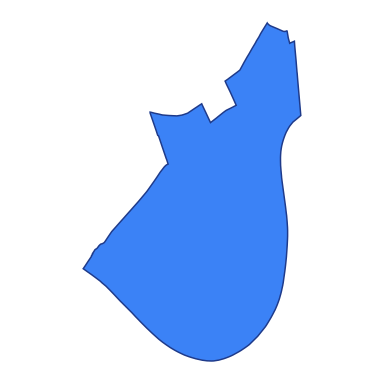 Yan Nawa, Bangkok Metropolis, Thailand
{"feature_id": "78962969B14857806522936", "entity_name": "Yan Nawa", "entity_type": "district", "adm_level": 2, "iso_a3": "THA", "parent_name": "Thailand", "parent_adm1": "Bangkok Metropolis", "projection": "natural_earth1", "projection_center": [100.54, 13.694], "detail": "fine", "context": "isolated", "style": "filled", "palette": "blue", "viewbox_px": 384, "rotation_deg": 0, "n_neighbors": 0, "source": "geoboundaries", "source_scale": "gbopen_adm2", "svg_char_len": 3395}
<svg xmlns="http://www.w3.org/2000/svg" viewBox="0 0 384 384"><path d="M83.2,268.7L86.7,271.2L86.8,271.3L91.8,274.8L96.1,278.0L100.2,281.1L102.4,283.2L105.8,286.0L110.0,290.2L114.1,294.5L117.2,297.8L120.1,300.9L131.8,312.6L135.5,316.6L141.2,322.5L146.9,328.2L151.4,332.5L152.8,333.8L156.8,337.4L158.8,339.2L160.7,340.7L162.6,342.2L166.5,345.0L170.5,347.7L172.5,348.9L174.9,350.3L177.3,351.6L179.7,352.8L182.2,354.0L184.6,355.1L186.8,355.9L189.0,356.7L191.2,357.4L195.6,358.7L197.8,359.2L200.1,359.7L202.3,360.2L204.6,360.5L206.9,360.8L209.2,360.9L211.5,361.0L213.8,360.9L216.3,360.5L218.8,360.1L221.3,359.4L223.8,358.7L226.3,357.8L228.7,356.9L230.8,356.0L232.9,355.0L234.9,353.9L238.9,351.7L240.9,350.5L243.0,349.1L245.2,347.6L247.3,346.1L249.4,344.5L257.6,336.4L265.4,326.7L266.9,324.4L268.3,322.1L271.1,317.4L272.6,314.6L273.7,312.5L274.5,310.9L275.0,310.0L276.1,307.5L277.2,304.9L278.2,302.2L279.2,299.4L279.5,298.4L279.7,297.7L280.0,296.6L280.8,293.8L281.5,291.0L282.1,288.2L282.7,285.5L283.2,282.7L284.0,277.0L284.8,271.4L285.5,265.7L285.8,262.9L286.4,257.0L286.8,251.2L287.2,245.3L287.5,239.2L287.6,236.2L287.6,233.2L287.6,230.2L287.5,227.3L287.1,221.4L286.6,215.5L286.2,212.5L285.5,206.5L283.2,189.6L282.1,181.5L281.6,177.6L281.5,176.0L281.0,170.7L280.6,165.4L280.5,160.1L280.5,157.4L280.6,154.8L280.8,151.8L281.2,148.8L281.7,145.9L282.4,143.0L283.2,140.2L284.1,137.5L285.1,134.8L286.2,132.2L287.4,130.0L288.6,127.8L289.9,125.8L292.9,122.1L298.7,117.3L300.8,115.5L297.7,80.0L297.2,73.7L297.0,72.1L296.0,59.8L294.8,46.8L294.4,41.2L292.8,41.9L291.8,42.3L290.6,42.8L289.7,43.3L289.2,41.4L288.7,39.6L288.5,38.9L288.1,37.1L288.0,36.3L287.6,34.1L287.4,32.8L287.1,31.1L286.9,30.9L286.6,31.0L286.4,31.0L286.1,31.1L285.7,31.3L285.3,31.4L284.9,31.4L284.5,31.5L284.1,31.4L283.8,31.4L283.2,31.3L282.7,31.1L282.2,30.9L281.8,30.7L281.1,30.4L280.4,30.1L279.1,29.5L278.2,29.1L277.1,28.6L276.1,28.2L275.4,27.9L274.2,27.4L273.3,27.0L272.3,26.6L271.6,26.3L271.1,26.1L270.9,26.0L269.9,25.5L269.4,25.2L268.5,24.4L267.4,23.3L267.3,23.2L267.2,23.0L265.5,25.7L263.7,28.6L261.5,32.2L260.6,33.7L258.9,37.0L257.4,39.4L256.4,41.0L255.6,42.6L254.5,44.5L253.7,45.8L252.2,48.3L249.3,53.4L247.3,56.7L246.2,58.6L244.1,62.3L241.9,66.4L240.3,69.3L240.1,69.7L239.9,70.0L239.6,70.3L237.3,72.1L233.4,75.0L230.6,77.1L227.1,79.7L225.1,81.1L226.5,84.3L230.1,91.7L233.8,99.9L236.2,105.3L231.2,107.9L226.3,110.3L225.3,111.0L223.4,112.4L217.9,116.8L216.6,117.9L210.5,122.6L209.1,119.6L205.6,112.1L204.5,109.8L201.8,104.1L201.7,103.8L199.8,105.0L194.7,108.4L187.6,113.2L184.1,114.4L181.9,115.1L179.4,115.5L176.9,115.9L168.8,115.5L166.4,115.3L162.7,115.0L161.2,114.7L159.3,114.2L154.5,113.2L151.5,112.4L150.1,112.1L150.1,112.8L150.1,113.0L152.0,118.5L154.9,126.9L156.3,131.0L157.7,135.3L158.1,135.6L158.5,135.8L158.9,136.9L162.7,148.2L164.4,153.2L166.2,158.5L166.7,159.7L168.1,164.1L167.8,164.2L166.5,164.9L165.7,165.5L165.1,166.1L164.3,166.9L160.2,172.2L157.1,176.9L153.8,181.7L146.9,191.4L142.8,196.3L138.0,202.0L111.7,231.6L108.9,235.7L105.1,241.4L104.2,242.6L102.9,243.4L101.9,243.8L100.7,244.1L99.6,245.1L99.4,245.3L99.0,245.7L98.6,246.2L98.4,246.6L98.1,246.9L97.6,247.6L97.3,248.0L96.8,248.5L96.3,248.9L95.6,249.2L94.9,249.8L94.0,251.3L92.6,253.4L92.8,253.5L92.5,254.1L92.5,254.4L92.0,255.1L91.7,255.2L91.5,255.6L91.5,256.3L90.7,257.5L88.2,261.2L85.2,265.8L83.2,268.7Z" fill="#3b82f6" stroke="#1e3a8a" stroke-width="1.5"/></svg>